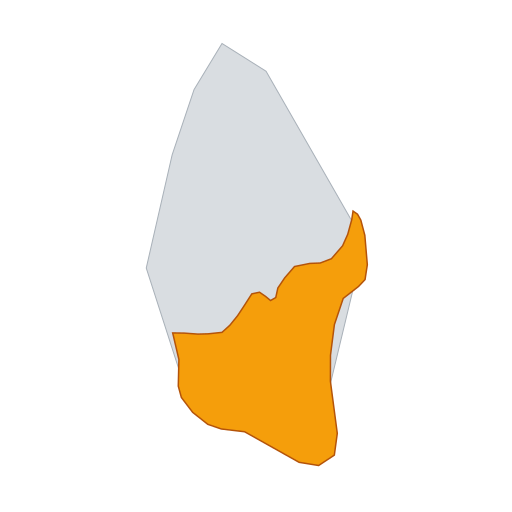 location of South West within Singapore, rotated 264°
{"feature_id": "SGP-4872", "entity_name": "South West", "entity_type": "state/province", "adm_level": 1, "iso_a3": "SGP", "parent_name": "Singapore", "parent_adm1": "", "projection": "albers", "projection_center": [103.764, 1.348], "detail": "fine", "context": "in_parent", "style": "filled", "palette": "amber", "viewbox_px": 512, "rotation_deg": 264, "n_neighbors": 0, "source": "natural_earth", "source_scale": "10m", "svg_char_len": 873}
<svg xmlns="http://www.w3.org/2000/svg" viewBox="0 0 512 512"><g transform="rotate(264 256 256)"><path d="M438.7,285.3L257.9,365.1L52.9,292.4L119.4,174.2L255.5,145.6L365.4,183.2L428.0,211.8L470.9,244.4L438.7,285.3Z" fill="#d9dde1" stroke="#a8b0b8" stroke-width="1"/><path d="M290.5,357.2L287.0,361.3L280.7,364.0L265.2,366.4L235.7,365.8L221.2,362.0L215.0,354.8L204.7,338.3L179.6,326.8L149.5,319.7L123.6,316.9L71.1,318.3L49.8,313.1L41.1,296.4L46.3,277.3L82.4,226.3L87.6,203.4L93.6,190.5L107.1,176.7L123.1,167.0L134.7,165.1L161.1,168.5L188.2,165.1L186.8,176.7L184.4,190.0L183.6,200.2L183.6,214.2L189.9,222.8L198.5,231.4L207.1,238.5L218.8,247.9L219.6,255.7L214.9,261.2L210.2,265.8L212.6,271.3L221.9,274.4L231.3,282.3L241.5,293.2L243.0,308.8L242.3,319.0L245.4,330.7L257.1,343.2L268.0,349.5L282.1,355.0L290.5,357.2Z" fill="#f59e0b" stroke="#b45309" stroke-width="1.5"/></g></svg>